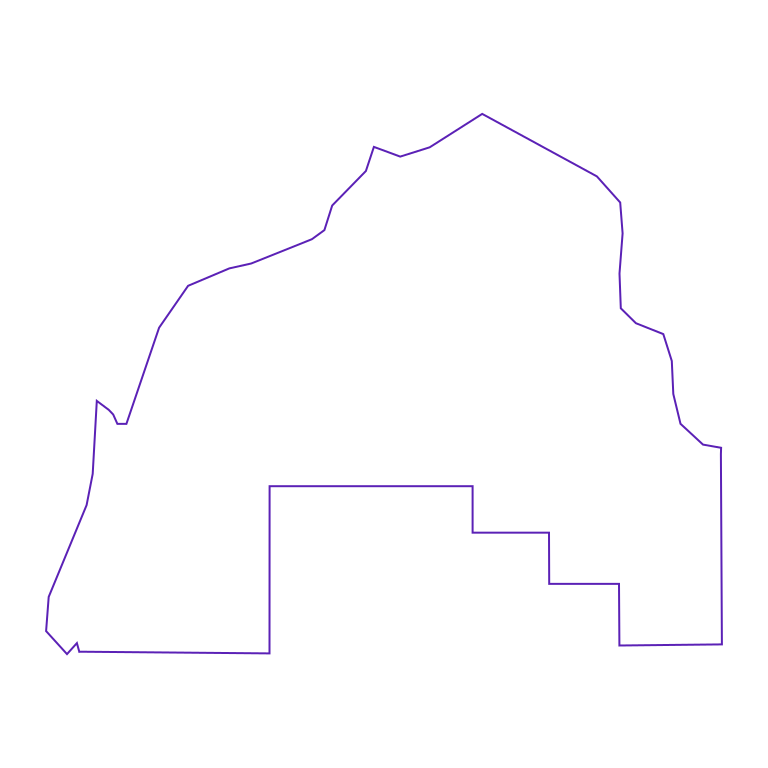 Madinat ach Shamal, orthographic projection
{"feature_id": "QAT-1106", "entity_name": "Madinat ach Shamal", "entity_type": "Municipality", "adm_level": 1, "iso_a3": "QAT", "parent_name": "Qatar", "parent_adm1": "", "projection": "orthographic", "projection_center": [51.179, 25.992], "detail": "fine", "context": "isolated", "style": "outline", "palette": "violet", "viewbox_px": 768, "rotation_deg": 0, "n_neighbors": 0, "source": "natural_earth", "source_scale": "10m", "svg_char_len": 693}
<svg xmlns="http://www.w3.org/2000/svg" viewBox="0 0 768 768"><path d="M79.3,651.8L76.9,643.1L67.0,654.1L46.1,631.1L48.7,596.9L86.6,505.1L92.7,473.9L96.8,400.9L108.8,409.9L113.2,414.5L117.4,423.9L126.4,423.9L159.1,327.7L188.1,285.8L229.3,268.4L251.2,263.5L311.9,239.2L324.4,230.1L332.2,205.5L365.9,171.0L373.9,146.9L400.2,156.6L429.7,147.3L482.2,113.9L596.9,176.4L620.2,202.5L622.6,233.4L619.5,273.5L620.8,308.3L635.9,323.2L663.3,334.1L671.8,361.0L673.3,394.0L680.5,423.8L703.0,444.6L721.1,447.8L720.9,454.2L721.9,644.4L619.4,645.5L619.0,583.9L549.2,583.9L549.0,532.7L472.6,532.7L472.6,486.2L269.6,486.2L269.5,653.4L79.6,651.7L79.3,651.8Z" fill="none" stroke="#5b21b6" stroke-width="2"/></svg>